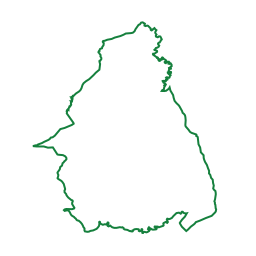 the district of Phu Kradueng, Loei, Thailand, rotated 274°
{"feature_id": "78962969B77049388444937", "entity_name": "Phu Kradueng", "entity_type": "district", "adm_level": 2, "iso_a3": "THA", "parent_name": "Thailand", "parent_adm1": "Loei", "projection": "natural_earth1", "projection_center": [101.891, 16.902], "detail": "fine", "context": "isolated", "style": "outline", "palette": "green", "viewbox_px": 256, "rotation_deg": 274, "n_neighbors": 0, "source": "geoboundaries", "source_scale": "gbopen_adm2", "svg_char_len": 5776}
<svg xmlns="http://www.w3.org/2000/svg" viewBox="0 0 256 256"><g transform="rotate(274 128 128)"><path d="M212.4,153.4L213.4,152.3L214.5,152.1L215.3,152.8L215.5,153.6L216.8,154.4L217.6,154.5L218.5,155.4L218.8,155.5L221.5,153.9L221.6,152.5L220.7,151.6L220.6,151.1L221.2,149.5L221.9,149.3L223.2,149.9L224.3,148.8L225.3,148.5L226.1,148.7L227.6,149.5L228.4,148.3L229.5,147.4L228.2,145.9L227.9,145.9L227.0,144.8L227.1,144.4L227.4,143.9L228.1,143.7L228.5,143.8L228.9,143.6L231.3,140.9L231.5,140.1L230.9,138.3L231.3,137.3L231.7,137.2L233.2,137.6L233.6,137.0L233.7,136.3L234.2,135.8L234.4,135.1L234.0,133.7L232.5,132.8L232.0,132.3L231.7,131.4L227.1,128.6L225.0,127.8L223.4,126.2L222.9,124.5L222.1,119.2L220.7,117.0L219.2,114.0L217.3,108.5L215.7,105.5L214.6,101.2L213.3,98.5L213.1,97.2L212.2,96.8L211.8,97.0L211.0,97.9L208.8,97.8L207.1,96.7L205.7,96.5L205.2,95.2L204.7,94.5L203.3,94.1L202.9,94.2L202.7,93.6L201.7,93.2L201.3,93.3L200.5,94.3L199.9,94.6L198.8,95.6L197.4,95.5L196.3,96.4L195.2,96.6L194.6,96.5L193.9,95.8L193.5,95.8L192.7,94.8L192.1,95.2L191.3,95.1L190.0,95.7L184.2,95.4L180.9,92.0L178.3,89.9L174.0,85.9L171.7,82.8L169.6,80.6L167.7,79.6L164.4,78.8L162.5,77.9L161.0,76.6L158.9,73.8L156.4,71.5L156.3,70.7L155.8,70.5L155.4,70.7L155.1,69.9L155.0,70.2L154.7,69.8L154.6,70.1L153.9,70.4L153.9,69.9L153.5,70.2L153.4,69.9L153.6,69.6L153.3,69.5L152.6,70.4L152.2,70.2L151.4,70.4L150.9,70.3L151.1,70.0L150.9,69.3L150.7,69.6L150.3,69.3L148.3,69.4L148.0,69.3L147.7,69.6L147.2,69.7L145.8,68.9L145.7,68.2L145.3,68.1L145.2,68.3L144.9,68.0L144.6,68.1L144.3,67.7L143.0,67.4L141.9,67.4L142.4,66.6L141.5,65.9L140.7,65.7L140.6,66.1L138.3,65.9L129.3,73.2L128.5,73.5L127.1,71.7L123.6,64.7L122.2,60.6L115.2,55.5L113.5,53.5L113.0,51.6L111.8,50.9L110.6,49.5L108.4,45.4L106.9,43.1L105.3,39.4L104.4,38.4L104.2,36.8L103.3,34.4L103.2,38.3L103.7,45.3L102.8,49.5L103.4,54.4L96.7,59.4L96.5,60.2L96.4,65.0L95.4,67.3L94.1,68.5L92.7,68.8L91.3,67.9L90.2,66.7L89.3,66.3L88.3,65.2L85.9,64.8L84.3,63.1L82.0,62.8L78.7,60.8L78.0,60.9L76.3,61.8L74.3,61.6L73.1,61.2L72.4,61.8L70.6,65.2L69.7,66.2L67.7,67.8L62.9,69.5L62.1,69.5L61.3,69.0L59.5,69.2L57.8,70.9L56.5,71.4L54.5,73.2L52.1,76.6L52.0,77.4L51.7,77.8L50.9,78.0L49.5,77.5L48.2,77.6L44.6,80.1L43.9,79.8L43.1,77.8L42.9,72.1L42.3,70.4L41.6,69.8L40.9,70.6L41.7,73.1L41.6,73.7L41.2,74.7L40.1,75.7L37.8,77.0L36.8,77.9L35.4,80.5L34.7,81.1L34.0,82.2L32.7,83.2L32.3,83.9L32.1,85.3L30.6,87.3L29.0,88.8L27.1,90.0L26.1,90.4L24.8,91.6L22.8,91.7L21.9,92.2L21.6,94.6L21.9,96.3L22.7,97.6L23.4,100.4L25.2,103.7L26.8,105.0L28.5,106.0L31.0,106.1L32.0,105.8L32.3,105.9L32.5,106.3L32.3,106.6L31.4,106.8L30.5,107.5L29.7,109.7L30.4,111.6L30.2,112.8L31.4,114.0L32.3,114.3L32.3,114.9L31.9,115.2L30.9,115.2L30.5,114.9L30.3,114.3L29.9,114.1L28.9,114.6L28.5,115.6L29.4,117.0L27.9,119.1L27.4,121.3L27.6,123.6L28.5,126.8L28.3,128.4L28.6,129.4L27.9,130.6L27.2,130.7L26.6,131.6L26.3,134.6L25.3,136.8L25.4,137.8L25.1,138.3L25.1,139.5L25.3,139.9L26.2,139.8L26.4,140.5L27.3,141.3L27.6,142.4L27.8,143.7L27.7,145.6L27.2,146.0L26.1,146.0L25.8,146.6L25.8,147.0L26.3,148.1L27.9,148.5L28.1,148.8L28.0,149.2L27.6,149.4L26.6,149.1L25.8,149.5L24.6,149.5L24.3,149.7L24.4,150.4L25.1,150.6L25.6,151.2L25.2,153.7L25.6,154.7L26.7,156.2L27.7,156.0L28.5,155.0L29.9,155.4L30.4,155.8L29.6,156.5L29.5,157.3L29.2,157.8L28.6,157.4L28.3,157.5L28.8,158.4L28.3,159.9L28.8,163.0L29.4,163.6L30.1,163.7L30.4,162.3L31.2,161.4L31.6,161.6L31.7,164.6L31.1,165.7L32.9,170.0L33.3,170.3L35.3,169.9L35.7,170.2L37.0,172.3L36.9,172.7L36.3,173.2L36.1,173.7L36.9,174.3L37.4,174.2L39.3,173.1L40.2,173.4L40.3,173.8L40.0,174.7L40.1,175.9L41.3,178.0L43.4,179.5L46.5,182.3L47.1,184.7L46.2,186.6L47.0,187.2L47.9,187.3L48.3,187.8L48.2,188.5L47.3,189.2L47.0,189.9L46.8,191.9L47.0,192.6L43.6,191.0L40.3,188.3L38.7,187.3L37.0,186.3L36.5,186.4L33.3,188.6L29.3,193.3L30.8,194.9L34.0,197.6L36.4,200.4L37.6,201.5L38.8,202.2L40.7,206.4L43.6,211.9L46.2,217.6L50.0,220.9L51.0,221.4L53.1,221.6L53.9,221.1L57.5,220.5L58.3,220.0L59.7,219.9L60.9,219.3L62.9,219.8L67.9,220.2L69.5,220.0L71.2,219.6L72.5,218.0L73.6,217.2L76.5,217.6L79.1,216.7L82.4,216.1L84.0,214.4L87.0,213.3L88.3,212.0L90.9,211.9L93.5,210.6L96.6,209.3L99.6,207.2L101.7,206.2L103.4,205.6L106.1,205.3L108.8,202.4L113.7,201.3L116.6,199.5L123.8,198.2L124.4,197.6L124.9,196.6L125.9,196.8L126.3,196.5L127.6,191.7L128.5,190.1L130.5,188.5L133.6,185.4L134.9,185.0L139.7,185.0L142.8,184.5L144.6,184.0L145.9,182.9L147.0,181.4L148.6,180.8L153.1,177.9L154.2,177.0L156.2,174.6L158.3,172.6L161.4,171.4L164.0,170.7L168.3,167.7L171.4,166.7L170.0,166.0L167.8,163.4L167.4,161.6L167.3,159.1L168.1,159.5L168.9,161.0L171.2,161.3L171.9,161.7L173.0,161.1L173.2,161.4L173.2,162.3L174.1,162.7L174.9,161.9L175.8,160.2L176.3,160.1L176.9,159.4L177.3,159.3L177.6,160.8L177.2,162.1L177.3,162.4L177.9,162.7L179.1,162.5L179.2,162.8L178.9,163.7L179.1,164.0L179.8,163.7L181.0,162.6L181.4,163.3L180.9,164.9L180.9,165.4L181.3,165.9L182.9,166.1L183.5,166.8L184.1,166.6L184.7,164.8L185.8,163.8L186.3,163.8L186.5,164.5L185.7,166.5L186.0,167.1L186.8,167.0L187.3,165.2L187.9,164.6L189.5,165.0L190.7,164.7L190.8,165.0L190.0,166.2L190.2,166.7L192.2,166.2L192.7,167.2L194.1,167.1L195.3,166.2L194.8,165.0L195.0,163.8L195.7,163.7L195.9,164.6L196.3,164.8L197.0,164.1L196.6,162.1L195.3,161.2L195.5,160.5L196.1,160.0L196.5,160.0L196.7,160.3L196.8,161.5L197.5,161.6L198.5,160.8L199.4,158.9L200.4,158.1L200.8,157.5L200.6,157.0L199.9,156.7L199.3,157.4L198.9,157.5L198.4,156.5L198.9,155.0L198.6,154.8L197.4,155.3L197.1,155.0L197.2,154.3L198.3,153.4L200.1,153.0L200.4,152.6L200.1,152.3L200.0,151.9L200.7,151.5L202.9,147.9L203.5,147.7L203.9,147.9L203.9,149.1L206.0,151.7L206.6,151.7L207.0,151.5L207.6,150.0L207.6,149.1L207.8,148.9L208.7,149.7L209.7,150.2L210.3,151.8L211.3,153.0L212.4,153.4Z" fill="none" stroke="#15803d" stroke-width="2"/></g></svg>